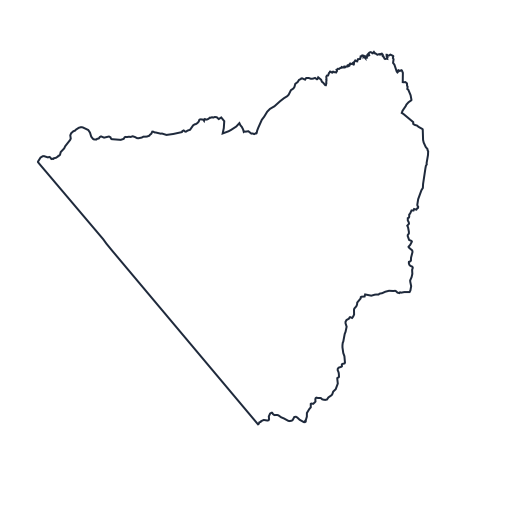 the district of Mwingi North, Eastern, Kenya, rotated 167°
{"feature_id": "3690345B80003743115065", "entity_name": "Mwingi North", "entity_type": "district", "adm_level": 2, "iso_a3": "KEN", "parent_name": "Kenya", "parent_adm1": "Eastern", "projection": "natural_earth1", "projection_center": [38.213, -0.407], "detail": "fine", "context": "isolated", "style": "outline", "palette": "slate", "viewbox_px": 512, "rotation_deg": 167, "n_neighbors": 0, "source": "geoboundaries", "source_scale": "gbopen_adm2", "svg_char_len": 6019}
<svg xmlns="http://www.w3.org/2000/svg" viewBox="0 0 512 512"><g transform="rotate(167 256 256)"><path d="M291.9,91.5L291.4,91.6L290.1,93.2L288.9,93.2L288.2,93.9L285.3,94.5L281.9,93.1L280.7,93.1L280.0,94.0L279.6,96.8L277.7,99.3L276.1,99.8L275.5,99.6L275.0,98.1L273.9,96.9L271.1,96.3L270.0,95.7L267.8,93.2L265.4,91.5L261.6,88.1L260.4,87.6L258.2,87.5L257.1,88.0L254.9,90.5L253.3,90.4L252.1,89.3L250.3,86.6L246.8,83.4L245.8,83.1L244.9,83.4L244.7,83.8L245.3,84.2L244.2,85.2L242.6,88.0L241.7,91.6L238.5,94.9L236.7,96.2L235.9,99.6L235.3,99.8L233.5,99.1L231.3,100.4L230.8,100.8L230.4,103.1L229.8,104.1L229.0,104.4L227.6,103.7L225.3,103.2L224.6,102.8L223.8,101.5L222.5,100.8L220.9,100.2L219.1,100.2L217.3,101.9L213.6,103.4L212.6,104.4L211.3,106.5L208.3,108.3L205.0,113.3L204.4,118.3L204.1,118.9L202.7,119.2L202.3,119.7L201.8,122.5L201.7,124.0L202.1,126.5L201.7,127.7L200.6,128.6L197.6,128.9L197.1,129.2L196.8,130.9L196.2,131.4L193.9,131.4L193.3,132.1L192.4,138.5L192.8,141.8L192.3,147.6L191.8,149.7L191.0,151.9L190.2,153.0L187.1,160.1L185.8,162.0L183.6,166.7L183.9,170.2L183.6,171.7L182.2,173.3L179.6,174.0L178.6,175.1L178.1,175.3L176.3,174.0L175.0,175.1L173.6,176.9L172.6,181.6L172.0,182.7L169.6,184.4L168.5,185.9L167.8,187.9L163.6,191.1L163.1,192.4L162.4,192.6L159.3,192.1L158.3,194.0L152.6,191.4L148.6,191.6L145.2,190.9L144.1,191.5L141.4,191.4L138.1,192.1L134.2,192.2L130.1,191.0L128.3,190.8L127.4,190.1L126.4,188.5L124.6,187.6L123.8,188.2L122.7,187.6L119.6,187.5L114.5,186.3L113.3,187.7L111.6,191.7L111.5,196.1L111.3,197.5L109.1,200.5L107.7,203.4L107.0,207.4L105.9,209.2L106.1,210.4L107.8,211.7L108.5,212.8L108.7,214.2L108.5,215.4L108.3,215.9L106.8,216.1L106.1,216.7L105.3,219.5L102.7,224.5L102.5,225.4L102.6,226.4L104.7,229.2L105.3,230.2L105.3,230.7L103.2,232.2L100.9,234.9L101.1,235.7L103.2,237.2L103.7,241.4L103.4,242.3L102.0,243.5L101.6,245.1L101.4,249.8L101.8,251.5L99.8,252.9L99.6,253.3L99.6,254.6L100.1,256.5L99.6,258.7L98.4,259.0L97.9,259.8L97.4,261.9L96.3,262.7L94.2,265.4L92.3,264.9L91.4,266.2L89.3,265.1L88.2,266.2L87.5,266.3L87.0,267.1L86.9,267.6L87.4,268.7L87.3,269.7L85.2,274.9L80.0,282.9L78.1,284.8L77.0,288.6L71.2,303.3L70.2,305.6L69.0,306.9L68.9,308.1L65.7,315.7L64.7,319.3L65.0,320.3L64.9,321.7L66.1,324.0L67.1,328.8L67.1,331.5L65.1,341.6L65.2,342.2L68.6,345.3L69.7,346.8L72.1,348.2L73.1,349.4L72.7,351.1L80.3,361.1L81.8,362.6L80.5,364.6L76.3,368.5L75.4,369.7L72.8,371.5L69.6,372.8L69.4,373.3L69.2,377.9L70.2,383.7L71.0,384.7L70.2,386.8L70.5,387.9L70.1,390.0L70.3,390.6L71.4,391.9L72.8,392.0L73.9,392.4L71.7,401.4L72.1,403.8L72.4,404.3L73.0,404.3L74.3,403.9L75.3,405.0L75.7,404.9L76.5,403.2L76.9,403.0L77.4,404.1L78.1,411.3L79.0,413.3L77.7,416.8L78.1,418.1L77.3,419.8L77.5,420.2L79.8,422.0L81.4,421.4L82.0,421.5L82.5,421.6L83.1,422.6L83.5,422.7L83.8,421.1L83.2,419.8L83.8,419.2L83.8,418.6L84.6,419.0L85.9,418.9L86.4,419.4L86.9,421.7L87.2,421.7L87.5,422.1L87.2,422.5L87.9,423.8L87.4,424.0L87.9,424.9L89.2,424.8L89.9,424.3L90.5,425.0L92.5,424.8L94.0,426.5L94.5,426.6L95.2,428.3L96.6,427.2L97.0,427.3L97.6,428.3L98.7,428.9L99.9,428.6L101.5,427.5L100.7,427.0L100.6,426.1L102.0,425.9L102.3,426.3L102.6,426.3L103.4,425.2L103.3,424.3L103.9,424.3L104.4,425.1L104.9,425.1L105.0,424.2L105.5,425.1L105.1,426.3L105.6,426.4L106.5,425.8L106.3,427.1L107.4,427.6L108.4,426.8L109.1,427.0L110.2,424.6L112.4,424.8L112.6,424.2L113.3,423.8L113.6,422.9L114.4,423.2L115.3,424.2L116.7,422.9L117.5,422.6L117.1,422.0L117.6,420.6L118.0,420.6L118.7,421.8L119.7,421.6L120.9,422.4L121.7,421.8L121.6,421.4L123.2,421.1L122.6,420.3L123.1,420.1L123.9,420.9L124.3,420.2L124.7,420.0L125.6,420.4L126.7,420.2L127.4,420.8L127.8,420.5L127.4,419.8L127.8,419.8L129.1,420.3L129.6,420.2L129.7,420.7L130.0,420.9L130.5,420.3L132.0,420.1L132.9,419.6L134.1,420.0L134.6,419.6L135.6,419.4L135.4,418.1L136.7,416.8L137.4,417.3L138.7,417.5L139.0,418.1L139.5,418.3L140.4,418.0L140.6,417.6L141.0,417.8L141.9,418.9L142.5,419.0L142.7,418.5L143.8,417.8L145.1,415.7L146.4,415.8L147.2,414.8L147.5,412.7L147.9,412.0L147.7,411.6L148.5,409.5L148.5,408.7L149.5,406.7L150.1,406.9L151.6,409.8L152.6,411.0L152.9,413.1L155.2,416.1L156.4,414.5L156.9,414.5L158.4,416.2L160.7,416.0L162.6,416.3L164.6,417.6L166.8,418.1L167.3,418.0L168.5,416.8L171.2,418.8L172.0,418.8L172.4,418.4L174.5,417.9L176.3,416.1L179.0,414.9L180.5,412.1L181.9,410.8L184.7,409.7L187.9,405.8L189.6,404.7L193.2,403.5L197.7,401.4L204.2,397.8L209.3,396.2L212.6,394.1L216.7,389.9L219.7,387.4L224.9,380.5L226.6,378.0L227.7,375.7L228.0,375.4L228.6,375.7L229.9,375.2L230.4,375.2L231.6,376.1L233.0,376.3L235.4,379.3L238.2,379.5L239.1,379.9L240.0,379.6L240.1,382.2L240.8,385.0L241.8,386.9L242.3,389.2L246.1,386.6L252.1,384.4L254.7,383.7L260.9,382.9L258.6,387.9L256.6,394.5L258.7,398.8L261.5,397.8L263.0,400.0L264.8,400.7L266.7,400.5L267.6,401.1L269.3,400.9L269.7,401.2L271.6,400.3L273.3,400.0L274.3,400.3L275.0,401.0L275.4,400.9L276.2,399.4L276.7,400.7L279.1,401.6L280.2,401.6L280.7,401.3L281.5,399.9L283.2,398.7L285.1,398.0L286.0,398.1L287.8,397.5L291.9,393.8L294.4,393.6L296.4,392.9L297.2,393.3L298.2,394.6L299.6,394.3L300.2,393.5L300.6,393.4L309.1,393.5L316.0,394.1L320.1,396.5L321.3,396.6L325.9,398.9L326.8,399.1L328.4,400.4L329.1,400.5L330.5,398.7L332.2,397.9L332.9,397.2L335.6,396.9L338.9,397.6L340.7,397.1L344.2,397.2L345.4,397.6L347.1,399.1L349.2,400.4L351.4,400.2L353.0,400.8L355.0,400.9L356.5,401.4L357.3,401.2L358.6,399.9L361.7,399.6L370.3,402.3L370.9,403.0L371.1,404.4L372.4,405.5L377.4,405.5L380.1,407.4L381.5,407.0L382.7,405.9L384.5,405.9L385.4,405.4L387.6,406.0L388.5,406.8L389.7,409.4L390.0,413.6L391.1,416.5L395.9,420.3L397.5,420.9L399.8,420.8L403.1,419.6L404.3,418.8L405.8,418.7L408.5,417.2L409.8,415.4L410.1,412.1L411.0,410.9L417.2,405.9L418.7,404.0L422.9,401.2L424.2,398.7L425.4,398.0L426.0,398.1L426.6,397.5L428.8,396.7L431.3,396.7L431.6,396.2L432.7,396.5L433.1,396.4L433.5,396.5L434.4,398.4L435.1,399.0L436.6,398.9L440.1,401.0L441.3,401.2L443.8,400.4L447.2,397.0L447.3,396.5L446.2,394.2L401.1,306.7L399.0,301.7L394.8,293.2L291.9,91.5Z" fill="none" stroke="#1e293b" stroke-width="2"/></g></svg>